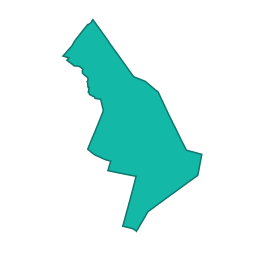 Thap Muoi, Ðong Tháp, Vietnam, rotated 11°
{"feature_id": "81297802B37339373723835", "entity_name": "Thap Muoi", "entity_type": "district", "adm_level": 2, "iso_a3": "VNM", "parent_name": "Vietnam", "parent_adm1": "Ðong Tháp", "projection": "mercator", "projection_center": [105.765, 10.559], "detail": "fine", "context": "isolated", "style": "filled", "palette": "teal", "viewbox_px": 256, "rotation_deg": 11, "n_neighbors": 0, "source": "geoboundaries", "source_scale": "gbopen_adm2", "svg_char_len": 4087}
<svg xmlns="http://www.w3.org/2000/svg" viewBox="0 0 256 256"><g transform="rotate(11 128 128)"><path d="M205.5,139.8L202.7,139.6L197.7,139.2L196.3,139.1L193.1,138.9L192.6,138.9L190.5,138.7L189.5,138.6L189.4,138.4L187.9,136.5L185.3,133.2L183.8,131.3L182.7,129.9L180.2,126.5L177.6,123.1L175.1,119.7L172.5,116.4L170.3,113.6L170.0,113.0L164.8,106.3L162.3,102.8L162.2,102.7L159.8,99.4L157.2,95.8L154.7,92.5L153.7,91.0L152.1,88.9L152.0,88.7L151.8,88.3L150.8,87.0L147.8,85.5L146.4,84.7L143.0,82.8L139.1,80.6L136.0,78.9L131.4,78.0L126.4,77.1L123.8,76.6L121.3,74.3L118.6,71.7L118.4,71.6L117.5,70.7L109.8,63.4L105.9,59.7L102.1,56.1L98.2,52.5L97.8,52.1L93.2,47.8L91.6,46.0L89.5,44.0L88.4,43.0L87.0,41.6L85.6,40.4L84.4,39.2L83.2,38.0L81.6,36.5L79.4,34.5L78.1,33.3L76.9,32.1L75.6,30.9L74.0,29.4L72.9,28.3L71.9,30.2L71.8,31.5L69.2,34.2L68.9,34.0L68.7,34.1L66.9,37.6L66.0,39.1L65.5,40.1L64.1,42.8L62.5,46.0L61.1,48.7L59.5,51.8L58.9,53.3L57.4,57.7L57.3,57.9L57.2,58.2L56.1,60.1L54.4,63.0L52.6,66.2L50.5,69.6L50.4,69.8L53.5,70.1L56.5,70.3L55.3,72.8L55.1,73.2L56.1,73.6L57.1,74.2L57.4,74.4L58.8,74.9L60.4,75.7L60.9,76.0L62.7,77.0L63.3,77.3L64.0,77.2L65.0,77.1L65.7,77.0L67.1,76.8L67.3,76.8L67.8,76.8L68.0,76.9L68.6,77.0L69.6,77.4L70.9,78.0L71.9,78.5L72.2,78.6L72.3,78.7L72.3,78.9L72.4,79.0L72.3,79.4L72.2,80.1L72.2,80.5L72.3,80.8L72.4,81.1L72.5,81.6L72.7,82.4L72.9,82.7L73.0,82.9L73.1,83.1L73.3,83.2L74.2,83.8L74.7,84.0L75.8,84.7L76.8,85.1L77.6,85.5L78.1,85.8L78.6,86.1L78.8,86.2L78.9,86.3L79.0,86.5L79.1,86.9L79.2,87.2L79.5,88.0L79.6,88.5L79.5,88.9L79.3,89.7L79.2,89.9L79.3,89.9L79.3,90.1L79.6,90.9L79.8,91.7L80.2,93.0L80.6,94.4L80.9,95.3L81.1,95.9L82.1,95.5L82.2,100.2L82.6,100.0L83.2,101.4L83.8,102.4L84.1,102.6L85.2,102.8L85.8,103.0L86.8,103.3L87.0,103.5L87.4,103.6L88.3,103.6L88.8,103.7L89.1,103.8L89.3,104.0L89.7,105.0L90.8,105.2L91.7,105.2L93.4,105.1L94.9,105.0L95.6,104.9L96.1,106.0L96.6,107.0L97.3,108.6L97.6,109.1L98.1,110.3L98.3,110.8L98.4,111.0L99.1,112.7L99.2,112.8L99.3,113.1L100.1,114.7L100.5,115.7L100.3,116.9L100.3,117.2L100.2,117.6L100.0,118.7L100.0,118.9L99.6,120.4L99.6,120.7L99.3,122.1L99.2,122.8L99.1,123.4L98.8,124.9L98.6,126.0L98.5,126.6L98.3,127.6L98.1,128.6L98.0,129.0L97.9,129.8L97.7,130.5L97.6,131.2L97.3,132.5L97.2,133.1L97.0,134.0L96.9,134.6L96.6,136.1L96.5,136.7L96.2,138.2L96.1,138.5L96.0,139.3L95.8,140.3L95.7,140.7L95.6,141.2L95.4,142.0L95.2,143.0L95.0,143.8L94.9,144.0L94.7,145.2L94.5,146.3L94.1,148.4L93.9,149.2L93.7,150.6L93.6,150.9L93.5,151.5L93.3,152.1L93.2,152.8L93.1,153.2L92.8,154.9L92.6,155.8L92.5,156.5L93.0,156.8L94.4,157.5L95.3,158.0L95.8,158.3L96.1,158.5L97.1,159.1L97.8,159.4L100.5,160.7L105.2,161.8L109.2,162.8L111.6,163.3L112.4,163.5L112.5,163.5L114.2,163.6L117.3,163.8L117.2,165.2L117.0,167.2L116.8,169.3L116.5,173.0L116.4,173.7L125.0,173.8L127.1,173.9L129.7,173.8L131.6,173.9L133.6,173.9L145.2,173.9L145.0,175.5L145.0,175.8L144.9,178.1L144.8,180.7L144.6,182.7L144.5,185.0L144.4,187.2L144.4,187.6L144.3,188.7L144.2,189.8L144.1,191.0L144.1,191.5L144.0,192.2L144.0,193.2L143.9,194.1L143.9,194.5L143.9,194.8L143.8,195.5L143.7,197.1L143.7,197.8L143.6,199.0L143.6,199.5L143.5,199.8L143.5,200.0L143.3,202.3L143.3,203.5L143.2,204.6L143.0,206.9L142.9,208.1L142.8,209.1L142.7,210.2L142.6,212.5L142.5,213.6L142.3,215.8L142.3,216.9L142.2,217.9L142.2,218.7L142.1,219.3L142.0,219.5L141.9,221.0L141.8,222.1L141.8,222.5L141.7,223.9L141.6,224.6L141.6,225.2L141.6,225.4L144.0,225.5L145.7,225.6L146.5,225.6L151.8,225.9L154.3,226.9L155.9,227.6L156.0,227.7L156.7,225.9L157.4,223.9L158.5,220.7L159.3,218.4L160.0,216.5L161.0,213.7L161.9,211.2L162.6,208.9L163.7,206.1L166.5,203.2L168.6,200.9L170.7,198.5L172.4,196.6L174.0,195.0L174.3,194.7L174.7,194.3L176.2,192.6L178.4,190.2L180.6,187.9L182.7,185.5L184.9,183.3L187.1,180.9L189.1,178.7L191.2,176.5L193.1,174.4L195.1,172.3L196.8,170.4L199.1,168.0L201.3,165.7L203.5,163.3L205.4,161.4L205.5,161.1L205.6,153.4L205.5,153.1L205.5,152.7L205.5,151.8L205.5,150.5L205.5,148.0L205.5,147.7L205.5,146.7L205.5,145.6L205.5,143.3L205.5,142.2L205.5,141.0L205.5,140.7L205.5,139.8Z" fill="#14b8a6" stroke="#0f766e" stroke-width="1.5"/></g></svg>